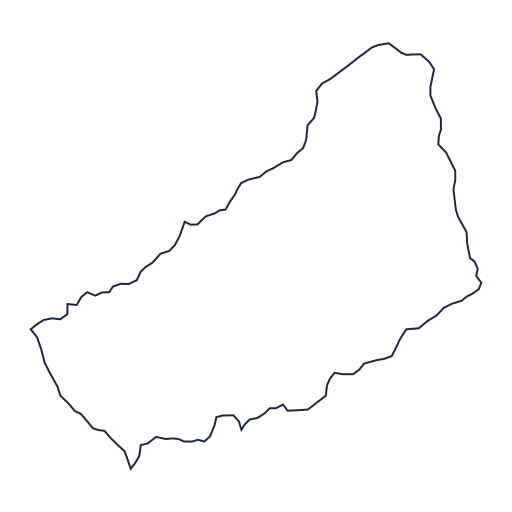 Cabrália Paulista, São Paulo, Brazil
{"feature_id": "56859067B34183018686620", "entity_name": "Cabrália Paulista", "entity_type": "district", "adm_level": 2, "iso_a3": "BRA", "parent_name": "Brazil", "parent_adm1": "São Paulo", "projection": "natural_earth1", "projection_center": [-49.379, -22.481], "detail": "fine", "context": "isolated", "style": "outline", "palette": "slate", "viewbox_px": 512, "rotation_deg": 0, "n_neighbors": 0, "source": "geoboundaries", "source_scale": "gbopen_adm2", "svg_char_len": 2005}
<svg xmlns="http://www.w3.org/2000/svg" viewBox="0 0 512 512"><path d="M481.3,282.7L476.2,275.9L477.7,268.8L474.6,261.7L470.0,258.1L467.2,243.5L466.6,232.4L462.4,224.6L458.0,216.7L455.9,209.6L454.6,199.3L453.5,189.4L455.3,179.6L455.2,170.7L450.2,160.7L446.0,152.3L438.3,144.4L438.9,135.9L440.9,129.8L440.9,118.7L435.5,108.1L430.4,95.5L430.4,86.7L434.1,69.3L429.2,61.8L420.6,54.3L412.0,54.5L406.5,54.9L401.2,52.7L395.6,48.3L388.7,43.3L378.2,45.0L371.8,47.5L365.6,52.2L358.1,57.7L347.3,66.3L341.7,70.4L330.1,79.1L322.2,83.4L316.2,90.9L317.5,101.6L315.6,112.0L313.9,118.1L307.6,125.2L306.1,140.1L303.1,148.0L296.9,153.3L291.2,160.1L283.4,162.1L273.5,168.0L266.4,171.4L259.7,176.9L248.4,179.6L241.2,183.0L237.7,188.7L234.6,195.0L229.2,202.8L225.6,209.6L219.8,210.3L214.6,213.5L205.9,216.3L197.3,224.5L190.4,224.6L184.7,221.7L182.3,228.5L179.7,236.0L174.8,245.2L169.2,250.9L160.5,253.8L152.4,262.7L145.6,267.0L140.8,271.5L136.8,280.2L128.6,284.0L120.8,283.8L112.9,286.5L109.3,292.2L102.2,292.4L95.2,295.6L87.2,292.2L81.3,297.0L76.7,305.0L67.5,304.0L67.3,314.3L60.1,319.3L52.5,318.3L43.6,320.0L36.8,324.4L30.7,329.3L37.0,337.1L41.2,349.3L44.6,362.5L49.2,371.7L57.4,386.4L60.4,395.7L68.1,403.0L74.8,411.0L80.9,413.9L87.9,422.1L92.9,428.3L98.6,430.1L104.4,430.8L110.6,438.0L117.5,444.8L124.3,450.9L126.7,456.9L130.7,468.7L135.7,462.3L139.3,455.8L140.8,445.1L147.7,443.4L156.1,436.9L165.6,439.0L173.1,438.4L178.7,439.1L184.1,441.5L191.8,441.6L197.9,439.8L204.4,441.5L209.9,436.5L214.5,425.5L216.4,417.1L222.7,415.5L233.4,415.3L238.9,421.4L241.4,429.8L245.0,424.1L249.9,419.4L257.4,418.0L264.8,413.2L269.9,408.2L275.9,408.2L283.0,404.6L287.6,410.7L296.9,410.3L307.8,409.6L325.8,395.7L327.0,385.3L330.0,378.6L334.5,372.8L342.8,374.2L353.0,374.2L359.3,369.6L364.1,363.6L376.1,360.3L385.1,358.6L391.8,356.0L396.1,347.5L400.3,338.6L406.3,329.3L418.7,328.3L427.8,320.8L436.7,315.4L443.7,307.9L452.3,303.6L461.6,300.8L466.9,296.5L472.3,293.8L478.9,289.0L481.3,282.7Z" fill="none" stroke="#1e293b" stroke-width="2"/></svg>